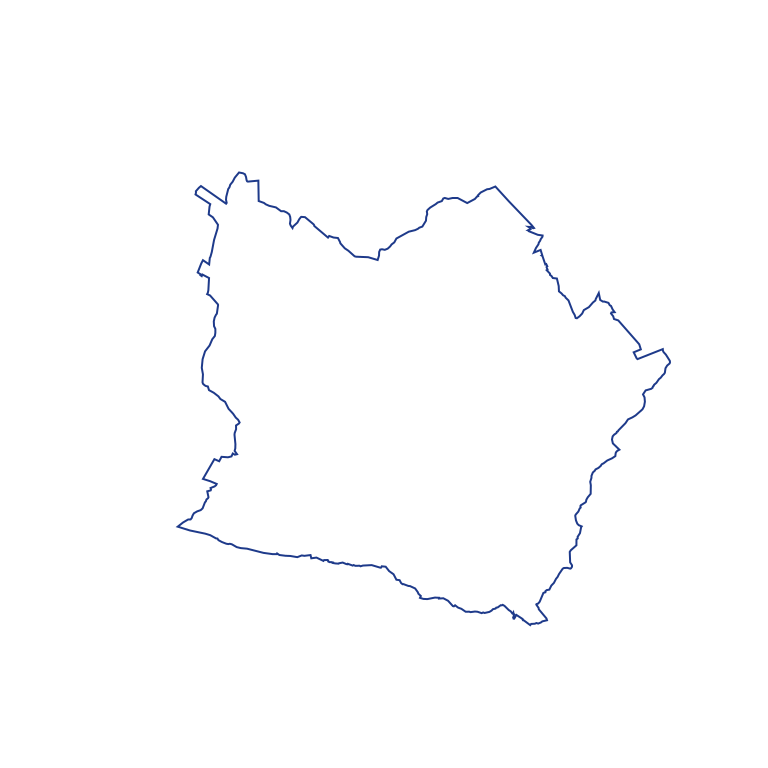 Beceni, Buzau, Romania, rotated 210°
{"feature_id": "2599482B57070891345270", "entity_name": "Beceni", "entity_type": "district", "adm_level": 2, "iso_a3": "ROU", "parent_name": "Romania", "parent_adm1": "Buzau", "projection": "natural_earth1", "projection_center": [26.787, 45.38], "detail": "fine", "context": "isolated", "style": "outline", "palette": "blue", "viewbox_px": 768, "rotation_deg": 210, "n_neighbors": 0, "source": "geoboundaries", "source_scale": "gbopen_adm2", "svg_char_len": 6166}
<svg xmlns="http://www.w3.org/2000/svg" viewBox="0 0 768 768"><g transform="rotate(210 384 384)"><path d="M424.4,575.5L425.4,574.3L425.4,571.3L428.3,567.9L429.1,565.7L432.2,559.9L433.3,556.5L433.2,554.9L431.5,552.7L430.9,549.7L429.3,546.4L429.5,539.5L431.6,537.0L432.2,535.4L434.0,532.8L438.7,528.3L446.0,516.2L445.9,511.8L447.2,508.7L447.5,506.1L448.5,503.0L450.4,500.6L453.1,499.7L454.5,498.5L454.2,495.9L452.5,492.7L451.5,488.2L461.1,485.9L471.8,480.3L473.3,479.9L481.5,481.6L485.8,481.9L492.1,484.0L493.1,485.0L496.9,487.4L501.0,485.6L505.5,484.8L505.7,482.8L523.4,486.0L524.0,486.7L524.9,487.1L535.8,489.0L539.2,487.4L539.4,487.0L539.8,484.3L539.7,480.5L541.5,474.8L541.2,473.3L543.9,474.5L545.6,475.8L547.0,479.3L548.8,481.8L550.8,483.5L553.9,483.9L557.1,483.6L559.5,482.2L565.9,482.9L572.5,480.9L576.2,480.5L578.5,480.8L584.0,479.8L594.5,497.3L603.1,491.2L603.9,491.1L605.0,491.9L607.0,494.3L609.3,496.1L611.5,496.0L615.3,494.7L616.4,488.1L616.2,483.5L616.8,479.8L616.2,477.0L616.4,475.0L614.2,467.2L612.9,464.5L610.8,462.2L610.9,461.2L641.5,463.9L642.4,461.4L643.3,456.9L642.4,455.5L642.0,453.9L624.4,452.9L623.8,450.4L620.6,443.2L615.5,442.8L607.4,438.9L605.9,435.4L603.2,423.8L599.1,412.1L597.9,407.4L597.9,406.1L595.2,400.1L602.7,400.7L602.5,396.8L601.1,387.4L597.9,387.3L597.6,386.5L595.8,386.3L596.0,388.0L588.5,388.3L583.0,377.4L582.2,375.0L582.1,373.4L578.9,373.7L567.6,369.9L567.1,369.3L563.9,361.3L564.1,360.0L563.9,356.8L562.7,353.1L560.1,349.1L557.6,347.4L555.6,343.9L554.5,341.0L555.1,336.9L554.3,330.1L555.3,322.8L553.5,314.8L549.9,306.9L545.6,301.8L542.0,294.7L540.9,293.7L538.7,293.2L537.2,293.2L535.3,293.8L532.5,291.2L527.0,291.3L521.2,290.5L518.2,289.2L512.7,289.1L506.2,284.8L499.8,282.8L495.6,280.8L492.5,280.1L489.8,278.5L489.9,277.2L491.4,274.1L489.5,270.9L488.8,266.9L488.1,265.3L482.6,257.6L480.6,253.9L479.9,251.4L476.2,249.7L477.8,248.2L480.2,248.2L479.9,245.0L482.5,242.5L488.3,239.7L488.1,234.7L493.3,234.1L493.3,211.3L486.0,212.9L478.9,213.8L478.8,212.4L479.5,210.6L482.2,207.2L481.0,206.0L480.9,205.2L483.4,202.7L479.4,198.2L479.3,197.1L480.0,195.2L479.6,193.2L479.9,192.0L478.9,185.6L479.7,183.1L482.1,180.3L484.0,177.0L484.0,174.4L483.5,171.7L483.8,170.0L485.9,168.7L488.8,163.6L491.3,157.3L478.9,160.1L464.0,165.0L458.9,166.2L452.1,166.3L451.0,166.9L449.3,166.0L445.4,166.1L440.8,166.8L438.8,167.5L437.7,168.5L435.7,169.1L430.0,169.1L425.9,170.3L420.3,172.9L403.9,177.5L395.1,181.1L391.7,183.1L391.8,183.8L389.1,183.6L383.4,186.0L379.2,188.2L372.5,190.7L369.5,194.4L367.0,195.4L362.1,199.1L359.8,196.7L355.7,199.9L348.0,200.5L347.9,201.5L344.8,203.4L344.1,203.3L343.6,202.4L342.1,202.5L340.6,203.4L339.0,203.9L338.9,203.4L336.4,204.3L333.5,205.7L333.4,206.2L330.5,208.7L326.6,209.2L325.4,209.7L325.4,210.2L320.3,211.1L319.8,212.0L317.9,212.2L314.3,214.4L313.2,214.4L311.5,216.2L304.1,221.0L295.3,223.1L294.7,223.6L294.8,225.0L291.2,226.6L285.9,224.5L280.6,224.0L275.4,220.7L272.4,221.9L269.7,220.2L267.8,219.9L267.2,220.4L261.9,221.3L260.4,222.0L254.8,222.5L250.6,220.6L249.4,219.6L246.1,218.8L245.9,216.8L245.3,216.9L242.4,217.6L238.9,219.4L233.1,224.5L229.4,226.4L229.1,225.7L225.5,228.1L220.1,228.3L213.3,226.1L212.3,226.4L211.8,227.9L208.0,227.4L204.6,228.0L199.4,227.6L196.4,229.4L195.0,229.7L191.5,232.4L189.2,233.5L184.8,234.4L183.9,235.7L182.4,236.0L178.8,239.3L177.5,241.6L177.1,243.4L175.1,245.3L175.0,246.4L173.8,247.4L172.3,250.8L171.3,251.2L170.8,252.1L168.7,252.1L162.9,250.6L160.6,250.5L158.0,249.4L157.7,249.5L157.7,250.7L157.2,250.1L156.0,249.6L156.3,248.9L155.4,248.0L155.5,246.5L154.5,245.6L153.9,245.9L153.9,250.2L146.5,249.8L145.8,249.5L146.0,249.2L145.5,248.9L144.7,249.2L136.8,248.3L136.6,249.8L133.5,251.8L132.5,253.2L130.7,253.6L128.9,255.9L128.2,257.6L124.7,260.9L126.1,262.2L137.3,266.3L138.2,267.4L141.8,269.1L141.9,269.6L140.7,271.0L140.3,273.3L141.5,282.8L140.1,284.3L140.6,285.2L140.1,286.8L138.0,288.6L138.3,293.1L137.4,296.7L137.6,301.3L137.2,303.7L137.4,306.9L136.9,313.4L136.2,314.6L133.4,316.4L130.4,317.2L129.9,317.9L129.8,319.7L130.5,321.0L133.6,322.6L139.2,331.5L139.1,333.4L136.7,340.5L139.6,345.6L139.0,347.1L139.9,348.4L139.7,352.8L141.7,358.6L141.6,359.5L144.8,359.1L146.8,359.7L149.6,361.9L152.5,365.5L152.7,366.7L151.9,370.7L152.3,374.1L151.9,375.3L152.9,376.5L152.9,377.4L150.4,382.1L150.2,382.9L150.9,385.0L150.9,387.8L150.1,392.2L154.3,399.8L156.5,402.4L157.4,406.4L158.4,408.2L158.9,411.8L158.1,414.3L158.1,415.8L156.3,418.6L155.3,421.7L155.4,422.8L155.0,424.0L154.3,424.8L152.4,429.4L149.4,433.6L147.6,437.2L148.8,440.0L148.9,441.3L148.5,442.8L147.3,444.8L156.1,447.0L158.8,449.9L159.8,453.0L159.4,455.1L158.2,457.7L158.4,459.1L157.8,459.8L157.8,461.1L155.3,470.8L155.0,475.3L152.2,479.3L150.4,482.6L147.5,491.3L147.6,494.7L149.2,499.1L151.7,502.7L154.5,504.5L154.2,509.3L150.2,513.4L149.5,515.1L149.9,516.3L149.5,517.3L149.7,518.4L148.7,521.1L148.3,525.7L147.5,527.8L147.1,530.8L146.5,532.6L146.4,534.2L148.1,538.4L148.0,541.6L146.9,544.6L147.2,545.9L148.1,547.0L154.6,550.4L157.8,551.4L159.1,552.3L160.0,553.6L176.9,532.3L178.1,532.6L183.6,536.3L178.9,542.4L182.8,546.0L212.9,556.2L217.3,555.3L219.4,557.3L222.7,558.6L222.8,559.7L220.2,561.5L223.3,562.9L226.4,565.1L227.9,565.1L230.2,566.5L234.6,565.5L235.6,564.8L238.8,564.9L243.5,570.2L243.1,563.4L242.7,562.0L243.8,559.1L245.0,553.0L247.9,547.9L247.6,544.1L248.5,540.4L249.8,537.4L251.0,537.0L253.5,539.2L256.5,540.9L266.0,548.6L269.9,549.6L271.3,550.5L273.3,550.4L275.5,551.2L278.8,551.7L281.7,556.2L287.0,561.8L290.8,560.2L293.0,561.3L294.8,561.5L295.5,562.6L300.0,563.9L299.5,564.8L301.6,566.4L301.9,567.4L301.6,567.7L303.5,569.0L304.1,568.2L310.8,574.1L311.5,574.1L311.2,574.5L315.4,578.4L319.9,572.7L320.4,577.8L320.1,582.2L320.6,583.8L320.4,586.3L320.7,587.5L320.4,590.8L320.9,591.9L325.4,590.1L335.9,588.6L335.4,588.9L335.6,589.5L336.1,589.3L335.9,589.7L334.5,591.3L335.6,592.2L337.5,592.3L335.9,593.1L335.1,593.9L334.8,593.9L334.8,593.4L333.7,593.4L332.7,593.5L332.1,594.1L335.8,595.5L367.1,604.6L386.3,610.7L390.1,605.7L392.1,604.2L396.0,598.2L397.0,594.3L396.4,593.8L397.2,592.7L397.8,589.7L402.4,582.3L413.2,581.9L417.7,579.3L420.9,576.4L424.4,575.5Z" fill="none" stroke="#1e3a8a" stroke-width="2"/></g></svg>